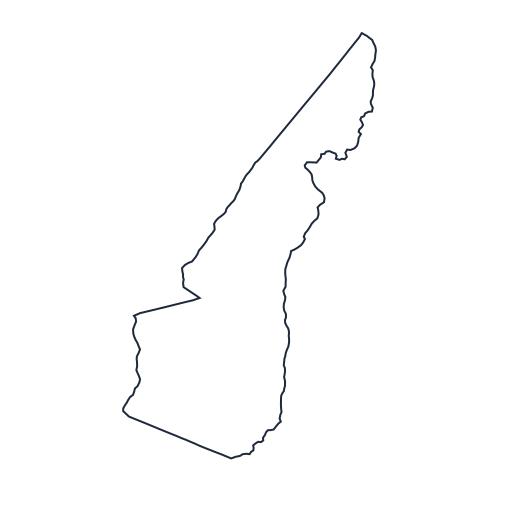 outline of Jaguaré, Espírito Santo, Brazil, rotated 256°
{"feature_id": "56859067B91185304264110", "entity_name": "Jaguaré", "entity_type": "district", "adm_level": 2, "iso_a3": "BRA", "parent_name": "Brazil", "parent_adm1": "Espírito Santo", "projection": "albers", "projection_center": [-39.98, -18.968], "detail": "fine", "context": "isolated", "style": "outline", "palette": "slate", "viewbox_px": 512, "rotation_deg": 256, "n_neighbors": 0, "source": "geoboundaries", "source_scale": "gbopen_adm2", "svg_char_len": 3566}
<svg xmlns="http://www.w3.org/2000/svg" viewBox="0 0 512 512"><g transform="rotate(256 256 256)"><path d="M446.7,412.5L443.1,408.9L439.5,404.1L436.8,400.6L434.4,397.4L430.1,391.9L427.9,389.0L424.6,384.7L421.8,381.0L414.5,371.5L389.1,336.9L369.2,309.9L363.6,302.3L358.6,295.6L353.8,289.0L349.5,283.1L347.7,280.3L346.9,278.0L344.7,275.7L342.4,273.7L340.6,271.5L338.7,269.1L337.5,267.0L335.9,265.1L333.5,262.9L331.7,261.3L329.9,259.0L327.2,257.8L324.2,255.9L321.1,252.9L318.9,251.0L316.7,249.5L314.9,247.6L313.3,244.8L311.7,242.6L310.5,240.6L308.7,238.6L306.5,237.5L305.0,235.7L303.6,232.9L301.8,228.5L299.9,225.6L297.4,223.1L294.6,222.8L291.6,222.3L288.9,219.4L286.7,216.2L285.3,214.2L282.5,211.6L279.7,208.3L277.3,205.2L275.2,202.0L272.1,199.8L269.6,197.2L268.0,195.1L266.1,192.5L265.7,189.0L264.6,185.1L262.2,181.3L258.6,180.8L255.8,180.8L253.4,180.1L250.8,180.2L247.5,178.7L243.3,178.2L231.9,188.6L228.9,191.1L228.3,184.2L228.4,173.7L228.4,157.5L228.5,141.3L228.6,129.6L227.5,123.1L224.8,124.2L221.4,123.8L218.3,121.5L214.6,119.0L210.6,118.2L207.3,118.3L203.8,118.9L200.2,119.9L196.2,120.4L193.5,120.9L190.5,118.8L187.5,116.2L185.1,115.3L182.0,114.9L177.7,114.0L174.3,112.3L171.5,112.7L167.7,113.4L164.5,113.7L161.6,112.3L158.3,109.5L156.8,106.5L154.1,105.1L151.0,103.1L149.6,99.7L147.0,96.9L145.1,95.3L143.2,93.1L140.3,90.3L137.6,89.6L135.0,91.3L130.9,93.9L128.5,97.2L121.0,107.5L113.5,117.7L111.6,120.2L103.0,132.0L100.8,135.1L97.5,139.4L94.5,143.7L92.8,145.9L88.3,151.9L86.0,154.7L82.4,159.6L76.7,167.6L74.5,170.7L71.8,174.6L65.6,182.9L66.1,187.7L65.9,192.1L66.9,195.1L66.5,198.6L65.3,201.8L67.2,203.9L68.0,206.4L70.4,207.3L72.9,207.4L74.2,210.1L75.2,213.1L74.2,215.9L75.3,218.4L77.9,218.8L80.1,221.3L82.6,223.2L84.1,225.4L83.5,227.9L83.4,231.2L86.1,234.6L88.0,237.2L89.3,240.0L92.6,239.6L96.2,241.3L98.4,243.0L101.5,243.4L105.3,244.1L108.7,245.0L111.8,245.8L114.4,246.7L116.4,248.3L118.2,250.4L120.5,251.3L123.2,252.8L127.7,253.9L131.8,254.0L134.8,255.4L137.2,256.3L140.2,256.9L143.3,256.5L146.2,257.6L149.6,258.8L151.9,260.3L154.3,261.2L157.4,263.2L160.5,265.6L164.5,267.3L167.8,268.1L170.5,268.4L172.7,269.2L175.5,269.8L178.1,269.7L181.1,268.7L184.0,268.1L186.8,268.6L189.3,270.3L192.6,271.0L196.1,270.2L199.5,270.4L202.8,271.5L206.2,273.5L209.2,274.6L212.1,274.1L215.7,274.1L218.9,277.2L222.2,278.1L226.5,279.4L230.1,279.8L232.4,280.2L236.0,281.2L238.9,282.9L242.6,285.1L246.1,288.0L249.7,290.1L252.3,291.2L253.0,295.0L254.0,298.4L255.7,302.5L257.7,305.0L260.6,307.6L263.1,307.0L266.1,309.1L268.1,311.9L270.5,314.6L274.0,318.0L276.4,321.8L277.6,324.6L281.3,326.8L285.6,327.5L288.2,327.5L290.1,330.3L291.7,334.9L295.3,336.5L298.5,336.4L301.2,335.6L305.6,332.2L309.1,330.3L312.9,329.3L315.6,329.0L318.6,329.5L321.6,329.7L324.1,328.8L327.4,326.9L329.8,325.2L332.2,325.2L334.6,328.3L333.4,332.8L332.0,337.4L334.4,340.6L336.0,342.8L338.9,343.8L338.6,347.3L340.3,349.3L340.0,352.6L337.6,355.7L336.1,358.0L333.7,358.5L331.1,357.0L329.1,360.2L329.5,363.1L328.4,365.5L330.2,368.1L334.5,367.7L337.2,370.2L336.0,373.4L336.7,377.7L338.7,380.8L341.9,382.7L346.0,384.3L348.9,387.3L351.7,385.6L353.9,387.0L355.4,389.8L357.2,391.5L360.0,391.2L363.1,390.2L365.2,391.8L365.5,394.6L367.9,396.4L368.7,400.1L368.1,403.4L371.6,405.2L375.8,404.3L378.4,404.7L380.7,406.7L383.5,408.3L386.4,409.0L389.0,409.9L392.1,411.6L394.4,412.4L397.1,412.8L401.5,412.4L404.8,413.1L408.1,414.3L411.1,413.2L414.1,415.6L416.5,418.1L419.8,419.6L422.5,420.5L426.4,422.1L430.4,422.4L434.9,421.4L437.6,421.0L439.5,419.3L442.7,416.9L446.7,412.5Z" fill="none" stroke="#1e293b" stroke-width="2"/></g></svg>